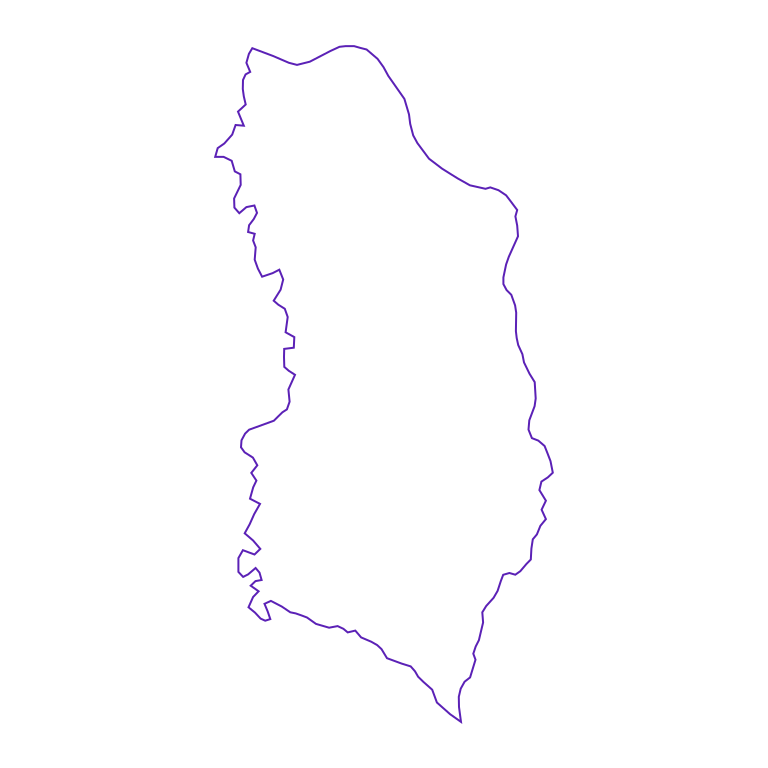 outline of Alvorada do Sul, Paraná, Brazil
{"feature_id": "56859067B67117071353938", "entity_name": "Alvorada do Sul", "entity_type": "district", "adm_level": 2, "iso_a3": "BRA", "parent_name": "Brazil", "parent_adm1": "Paraná", "projection": "equal_earth", "projection_center": [-51.267, -22.816], "detail": "fine", "context": "isolated", "style": "outline", "palette": "violet", "viewbox_px": 768, "rotation_deg": 0, "n_neighbors": 0, "source": "geoboundaries", "source_scale": "gbopen_adm2", "svg_char_len": 2661}
<svg xmlns="http://www.w3.org/2000/svg" viewBox="0 0 768 768"><path d="M451.7,174.7L442.0,168.6L429.0,158.7L417.4,143.1L413.2,135.4L410.2,123.9L409.0,114.4L404.4,98.9L388.3,75.9L383.5,67.1L377.6,58.9L366.6,49.5L360.3,47.9L354.0,46.1L345.9,46.1L339.5,46.8L330.4,51.0L309.8,61.7L297.0,64.9L288.9,62.8L273.1,56.0L252.3,48.2L248.9,53.9L246.4,62.8L250.2,71.9L245.6,74.4L243.0,80.0L242.8,89.0L243.8,96.3L245.7,104.5L238.0,111.6L241.2,119.4L243.8,125.7L235.6,125.0L232.2,134.6L224.3,143.5L217.7,148.1L215.2,156.9L223.7,156.9L231.7,160.8L234.8,171.4L240.4,174.3L240.7,184.9L234.1,198.5L234.4,207.6L239.3,213.2L246.4,207.1L254.4,205.5L257.0,212.9L253.8,219.0L249.1,225.2L248.1,232.0L254.7,233.8L253.1,240.5L255.7,247.3L254.7,259.7L257.9,268.6L262.1,276.7L272.7,273.1L279.3,269.7L283.2,279.5L280.6,289.7L273.7,300.7L278.3,304.7L284.8,308.8L287.7,317.0L285.6,332.3L294.3,337.1L293.8,347.7L284.2,348.9L284.0,357.0L284.3,366.9L288.8,370.8L295.0,374.8L288.4,389.5L289.6,401.7L286.9,409.4L282.4,412.3L278.0,416.6L273.9,420.7L249.1,429.7L245.1,433.6L241.5,440.3L241.0,447.3L244.6,452.3L252.9,457.6L257.3,465.3L251.3,472.9L256.4,480.6L253.2,487.3L250.0,498.7L260.0,503.9L254.2,514.1L249.7,524.2L244.7,533.3L253.1,540.5L260.3,548.9L254.5,554.5L242.9,550.2L238.4,558.1L238.4,571.9L243.1,576.9L248.1,574.4L255.6,568.0L259.5,572.6L261.6,580.0L255.5,581.1L250.7,585.7L258.6,591.3L253.1,597.0L248.5,607.3L255.0,612.6L260.6,618.6L265.2,620.7L270.3,619.1L267.7,611.5L264.5,603.8L270.9,600.9L281.7,606.5L290.3,612.3L295.7,613.4L301.7,615.5L307.0,617.5L316.0,623.9L329.1,627.7L337.6,626.1L343.4,628.8L347.7,632.4L355.3,630.6L361.1,637.4L371.2,641.7L377.2,645.1L381.5,649.1L387.0,658.2L394.9,661.1L401.7,663.6L410.7,666.4L415.0,671.3L418.1,676.7L423.4,681.9L432.2,689.7L436.9,702.5L450.1,714.2L461.0,721.9L459.0,707.0L458.8,696.8L460.7,688.7L464.6,681.7L470.1,677.4L475.5,659.7L473.3,653.7L475.7,646.5L478.9,640.2L480.9,631.7L483.1,622.5L482.3,612.3L486.2,606.0L493.6,597.8L497.6,590.9L500.8,581.1L503.2,574.8L509.4,573.0L515.3,574.7L520.3,571.2L526.4,564.0L530.8,559.5L531.4,548.6L532.8,539.3L536.9,534.4L540.4,525.8L545.9,519.1L541.6,509.7L545.9,500.7L539.4,490.1L541.4,481.6L547.8,477.4L552.8,472.7L550.5,461.1L547.5,453.3L544.6,446.0L538.3,440.6L531.9,438.1L528.5,429.6L529.3,420.3L534.6,406.2L535.7,398.5L534.7,382.1L529.5,373.7L524.0,362.4L522.4,354.2L518.2,345.0L516.7,338.0L515.9,331.2L516.2,312.7L515.1,305.4L511.3,294.8L506.6,290.1L503.4,284.1L503.4,277.4L506.1,264.5L508.8,256.8L518.0,236.3L517.2,225.6L515.4,216.4L517.2,210.0L510.6,201.2L506.1,195.3L498.5,190.2L490.3,187.4L485.5,188.8L469.9,185.3L458.0,178.6L451.7,174.7Z" fill="none" stroke="#5b21b6" stroke-width="2"/></svg>